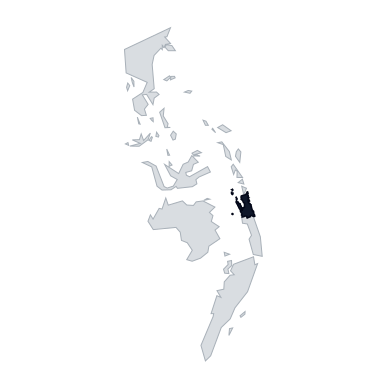 where Jawa Timur sits in Indonesia, rotated 244°
{"feature_id": "IDN-1233", "entity_name": "Jawa Timur", "entity_type": "Province", "adm_level": 1, "iso_a3": "IDN", "parent_name": "Indonesia", "parent_adm1": "", "projection": "robinson", "projection_center": [113.217, -7.252], "detail": "fine", "context": "in_parent", "style": "filled", "palette": "ink", "viewbox_px": 384, "rotation_deg": 244, "n_neighbors": 0, "source": "natural_earth", "source_scale": "10m", "svg_char_len": 8564}
<svg xmlns="http://www.w3.org/2000/svg" viewBox="0 0 384 384"><g transform="rotate(244 192 192)"><path d="M133.5,157.6L139.5,166.7L148.5,165.5L153.1,161.3L161.0,163.8L167.2,162.1L175.2,140.7L185.0,139.6L189.7,144.6L184.7,145.1L191.7,155.3L189.8,157.6L198.1,165.8L190.6,164.9L188.2,179.5L182.6,181.6L179.3,187.4L181.3,191.4L179.2,197.9L168.4,206.0L166.0,198.7L161.6,200.5L157.0,196.4L148.9,201.2L147.7,196.0L137.8,196.6L135.9,183.4L130.9,179.8L128.8,170.7L129.7,161.8L133.5,157.6ZM34.3,130.0L50.2,132.8L70.7,156.3L73.2,158.2L74.3,155.8L87.9,168.9L84.6,171.8L92.4,171.2L90.7,178.0L97.1,181.6L100.5,189.8L99.1,193.7L104.3,192.1L108.8,197.7L106.8,218.9L99.1,216.6L98.9,219.6L78.0,198.2L69.1,179.9L61.2,170.7L57.4,158.9L36.6,137.0L34.3,130.0ZM349.7,193.8L349.1,244.7L342.5,237.5L343.3,235.4L334.9,237.8L336.3,232.8L334.0,230.1L334.8,229.7L336.2,229.9L337.0,229.6L333.0,227.7L334.9,227.1L331.4,217.8L324.1,212.1L301.4,203.3L300.5,197.3L297.4,203.9L294.1,205.2L293.0,199.2L287.6,195.2L299.6,194.0L301.1,189.9L290.0,191.0L287.4,185.6L280.9,184.6L282.8,180.1L290.6,176.2L301.5,179.3L303.0,191.5L310.2,199.8L327.9,185.0L349.7,193.8ZM238.8,165.7L231.0,171.1L209.1,169.3L206.4,171.4L205.5,177.8L209.7,184.2L215.9,179.9L228.8,179.5L214.4,188.1L220.8,196.2L220.6,201.7L224.8,207.8L216.0,210.7L216.2,205.4L211.2,201.0L212.3,195.0L209.5,194.3L206.8,196.5L208.0,217.1L201.9,217.3L202.4,205.0L201.4,200.9L197.2,200.0L196.6,194.7L201.7,180.5L204.0,180.2L203.2,174.1L206.9,165.9L212.5,163.1L232.2,166.8L240.3,160.3L238.8,165.7ZM109.0,219.7L124.6,222.6L127.0,226.5L139.0,227.7L141.8,223.7L153.6,227.6L156.8,233.3L166.5,234.4L166.3,239.1L167.6,242.0L158.5,238.2L121.8,233.8L103.4,226.9L109.0,219.7ZM258.4,166.8L265.0,161.2L262.1,167.7L266.5,171.8L259.5,171.1L263.2,180.4L258.2,175.3L256.3,164.5L260.5,156.3L258.4,166.8ZM261.6,195.9L277.9,197.9L279.5,203.6L272.9,199.5L263.8,200.4L261.1,198.1L259.5,200.8L261.6,195.9ZM224.0,240.8L212.0,243.3L203.6,241.4L209.1,237.9L220.9,240.9L225.0,236.8L224.0,240.8ZM189.5,237.1L197.5,238.3L198.9,241.2L182.8,243.8L185.4,238.8L190.9,241.7L192.8,240.6L189.5,237.1ZM238.7,243.3L239.0,249.0L229.9,254.0L230.4,248.6L238.7,243.3ZM108.8,186.5L111.0,192.7L114.1,193.6L113.1,197.5L108.5,195.5L107.0,190.5L102.5,189.4L104.7,185.8L108.8,186.5ZM332.4,238.1L326.3,239.0L329.4,232.6L334.1,231.2L335.6,233.6L332.4,238.1ZM205.0,246.7L208.7,249.4L210.4,252.5L206.6,253.5L197.7,247.9L205.0,246.7ZM252.4,197.6L254.9,201.8L251.1,203.3L246.8,200.2L247.0,197.7L252.4,197.6ZM166.8,237.3L175.4,239.2L171.5,242.6L166.8,237.3ZM180.2,237.6L181.4,242.9L176.4,242.1L180.2,237.6ZM123.7,194.5L119.6,198.5L120.0,193.5L123.7,194.5ZM305.4,215.9L306.3,222.7L304.4,223.0L302.9,218.1L305.4,215.9ZM164.1,227.8L157.6,229.9L154.9,228.7L164.1,227.8ZM226.9,209.0L227.0,215.1L223.2,217.7L224.7,209.5L226.9,209.0ZM46.9,162.3L52.8,165.8L52.0,169.0L46.9,162.3ZM61.3,187.3L59.0,186.0L57.9,181.0L59.7,180.9L61.3,187.3ZM282.8,236.0L281.6,233.5L285.1,229.0L284.9,233.1L282.8,236.0ZM276.6,174.0L283.3,175.7L275.7,175.1L276.6,174.0ZM235.5,186.4L241.7,188.1L234.9,188.0L235.5,186.4ZM224.0,212.0L220.7,215.0L223.6,209.5L224.0,212.0ZM311.2,178.5L314.8,179.1L318.1,182.0L314.9,182.7L311.2,178.5ZM251.7,233.4L249.5,235.6L244.8,235.9L246.1,233.3L251.7,233.4ZM305.1,223.8L303.6,227.0L302.0,226.9L302.2,221.8L305.1,223.8ZM261.3,186.4L257.2,187.0L256.1,185.9L257.8,183.9L261.3,186.4ZM311.8,185.9L316.9,186.4L321.6,187.5L317.0,188.3L311.8,185.9ZM225.1,182.7L229.3,184.8L225.0,185.9L225.1,182.7ZM264.5,156.1L261.7,155.5L264.4,153.2L264.5,156.1ZM235.0,239.2L239.7,237.4L240.2,238.5L235.0,239.2ZM276.5,186.7L275.8,189.5L272.2,188.0L274.0,187.2L276.5,186.7ZM179.6,202.9L177.8,204.8L179.3,198.9L179.6,202.9ZM257.3,175.9L259.5,179.8L258.6,180.4L255.5,177.4L257.3,175.9Z" fill="#d9dde1" stroke="#a8b0b8" stroke-width="1"/><path d="M147.6,226.1L147.9,226.4L148.1,226.5L148.5,226.6L149.1,226.7L149.4,226.5L149.6,226.4L149.7,226.5L149.9,226.7L150.3,227.3L150.6,227.5L151.2,227.4L151.4,227.3L151.8,227.3L152.2,227.2L152.4,227.1L152.7,227.2L152.9,227.1L153.0,227.2L153.3,227.5L153.5,227.5L153.7,227.4L153.7,227.1L153.9,227.1L154.0,227.3L154.0,227.6L153.9,227.9L153.9,228.1L154.1,228.5L154.4,228.5L154.5,228.6L154.1,228.7L154.1,228.8L154.2,229.1L154.4,229.2L154.5,229.4L154.6,229.5L154.4,229.7L154.0,229.7L154.1,229.8L154.7,230.2L155.0,229.8L155.2,229.7L155.3,229.8L155.5,230.2L155.6,230.5L155.5,230.9L155.5,231.2L155.4,231.3L155.2,231.5L155.1,232.3L155.7,232.8L156.6,233.2L157.0,233.3L157.7,233.8L158.1,234.0L158.4,233.9L158.5,234.0L158.7,234.3L158.8,234.3L159.0,234.3L159.6,233.9L160.0,233.8L160.2,233.7L160.4,233.6L161.3,233.8L161.6,233.7L162.0,233.8L162.3,233.8L162.5,233.5L163.0,233.5L163.3,233.5L163.7,233.0L163.9,232.9L164.2,233.1L164.4,233.5L164.6,233.6L164.8,233.7L165.0,233.7L165.4,233.6L165.5,233.7L165.9,234.0L166.3,234.1L166.7,234.4L166.8,234.5L166.8,235.2L166.7,235.4L166.7,235.7L166.7,236.1L166.4,237.2L166.1,239.2L166.1,239.3L166.2,239.5L166.2,240.0L166.3,240.1L166.4,239.5L166.5,239.6L166.6,239.9L166.6,240.4L166.7,240.7L166.8,240.8L167.1,240.9L167.3,241.0L167.7,241.2L167.9,241.6L167.9,241.8L167.7,242.0L167.4,242.1L166.8,241.8L166.7,241.8L166.3,241.8L166.2,241.8L166.2,241.7L166.3,241.4L166.3,241.2L166.0,240.9L165.7,240.8L165.4,240.8L165.2,241.0L164.8,240.8L164.7,240.8L164.3,241.0L164.0,240.9L163.9,240.7L163.5,240.8L163.4,240.7L163.5,240.4L163.4,240.4L163.1,240.5L162.8,240.4L162.6,240.3L162.5,240.2L162.4,240.3L162.4,239.9L162.1,239.9L162.0,240.0L161.9,240.1L161.7,240.1L161.7,239.9L161.4,239.8L161.2,239.6L160.9,239.5L160.7,239.3L160.4,239.3L160.1,239.2L160.0,238.9L159.8,238.9L159.6,239.0L159.1,238.5L159.0,238.4L158.7,238.3L158.4,238.2L158.1,238.1L157.2,238.3L156.9,238.3L156.7,238.5L156.3,239.0L156.1,239.1L155.9,239.0L155.6,238.9L155.6,239.0L155.4,239.1L155.0,239.2L154.7,239.3L154.5,239.5L154.1,239.2L153.8,239.2L153.5,239.0L152.9,239.0L152.6,238.9L152.4,238.6L152.2,238.6L151.9,238.6L151.6,238.7L151.4,238.6L150.0,238.4L149.9,238.3L149.7,238.1L149.4,238.3L149.2,238.3L149.0,238.1L148.9,238.1L148.7,238.1L148.4,238.0L148.3,238.5L148.2,238.5L148.1,238.3L148.0,238.2L147.9,238.3L147.8,238.7L147.9,238.8L147.6,238.9L147.4,238.7L147.2,238.6L146.9,238.5L146.8,238.4L146.7,238.5L146.1,238.4L146.0,238.1L145.9,238.1L145.7,238.1L145.1,238.0L144.9,237.9L144.2,238.2L143.8,237.9L143.7,237.7L143.5,237.9L143.4,238.0L143.1,238.0L143.0,237.9L142.6,237.7L142.7,237.3L142.7,237.0L142.9,236.8L143.7,236.0L144.0,235.8L144.3,235.6L144.5,235.5L144.8,235.6L144.9,235.2L145.1,234.7L145.1,234.3L145.0,234.1L144.7,233.8L144.4,233.8L144.3,233.7L144.2,233.3L144.3,233.2L144.5,233.0L144.3,232.7L144.3,232.3L144.4,231.3L144.3,230.6L144.4,230.2L144.5,230.1L144.9,230.3L145.1,230.2L145.3,230.4L145.8,230.5L146.0,230.6L146.1,230.4L146.6,230.0L146.8,229.7L147.2,229.4L147.2,229.2L147.1,228.8L147.1,228.5L147.1,227.9L147.3,226.6L147.6,226.1ZM164.0,227.5L164.3,227.6L164.5,228.0L164.3,228.0L164.0,228.3L163.5,228.3L163.3,228.5L163.2,228.6L162.9,228.6L162.7,228.9L162.9,228.9L162.9,229.0L162.5,229.2L161.3,229.0L161.2,229.2L160.8,229.2L160.8,229.4L160.5,230.0L160.3,230.1L160.2,230.0L160.0,229.9L159.7,229.9L158.6,229.9L158.4,229.8L158.0,229.9L157.9,229.9L157.8,229.6L157.8,229.4L157.6,229.3L157.5,229.5L157.8,229.8L157.7,229.9L157.6,230.0L155.5,229.4L154.9,229.4L154.8,229.1L154.9,228.9L154.7,228.9L154.6,228.6L154.7,228.4L154.9,228.4L155.1,228.2L155.3,228.0L155.7,227.6L155.7,227.4L155.9,227.4L156.2,227.3L156.6,227.3L157.2,227.2L157.8,227.3L158.6,227.3L159.8,227.2L160.4,227.4L161.4,227.2L162.2,227.2L163.1,227.1L163.4,227.1L163.6,227.2L163.8,227.4L164.0,227.5ZM174.5,227.4L174.5,227.6L174.4,227.7L174.0,227.7L173.7,227.6L173.4,227.6L173.2,227.5L172.9,227.6L173.1,227.8L173.3,227.9L173.1,228.1L172.7,227.8L172.7,228.2L172.4,228.0L172.4,227.7L172.2,227.7L172.0,227.4L172.3,227.1L172.2,227.0L172.3,226.9L173.1,226.9L173.7,226.9L174.3,227.3L174.5,227.4ZM154.7,218.2L154.9,218.4L154.9,218.5L155.0,218.7L154.9,218.9L154.9,219.0L154.7,219.2L154.4,219.2L154.2,219.2L153.9,218.9L153.9,218.7L154.1,218.5L154.3,218.3L154.7,218.2ZM166.1,228.7L166.4,229.2L166.3,229.6L166.2,229.6L165.9,229.4L165.7,229.3L165.5,229.0L165.5,228.8L165.7,228.6L165.9,228.6L166.0,228.6L166.1,228.7ZM176.7,229.0L176.7,229.4L176.5,229.6L176.3,229.7L176.0,229.6L175.7,229.5L175.6,229.3L175.8,229.3L175.9,229.1L176.0,229.2L176.1,229.3L176.3,229.4L176.6,229.4L176.5,229.2L176.7,229.0ZM159.5,239.5L159.6,239.8L159.3,239.8L158.8,239.8L158.7,239.8L158.7,239.7L158.8,239.5L158.7,239.4L159.1,239.4L159.5,239.5ZM167.7,229.2L167.9,229.2L167.9,229.4L167.9,229.5L167.1,229.4L167.1,229.2L167.4,229.1L167.7,229.2Z" fill="#0f172a" stroke="#020617" stroke-width="1.5"/></g></svg>